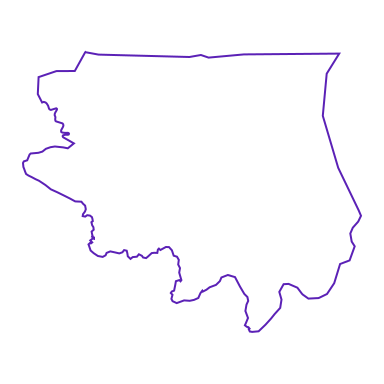 Bertie, North Carolina, United States of America (Albers equal-area conic projection)
{"feature_id": "52423323B7787272397887", "entity_name": "Bertie", "entity_type": "district", "adm_level": 2, "iso_a3": "USA", "parent_name": "United States of America", "parent_adm1": "North Carolina", "projection": "albers", "projection_center": [-77.103, 36.03], "detail": "fine", "context": "isolated", "style": "outline", "palette": "violet", "viewbox_px": 384, "rotation_deg": 0, "n_neighbors": 0, "source": "geoboundaries", "source_scale": "gbopen_adm2", "svg_char_len": 2856}
<svg xmlns="http://www.w3.org/2000/svg" viewBox="0 0 384 384"><path d="M354.7,246.3L351.7,241.6L350.3,233.5L352.8,227.7L358.2,221.6L361.0,215.8L358.7,210.4L338.2,167.8L322.8,115.8L326.7,73.7L339.2,53.6L244.0,54.4L208.6,57.6L200.9,55.0L189.4,57.0L98.5,54.6L85.5,52.2L85.4,52.1L85.0,52.6L74.8,71.0L56.4,71.1L38.6,77.1L37.8,94.1L42.1,102.5L43.8,101.9L45.6,102.5L46.7,103.5L48.1,105.7L49.0,108.6L49.5,109.3L50.6,109.9L51.0,109.9L56.2,108.3L56.7,108.6L57.0,109.0L56.9,109.7L56.3,110.8L55.3,112.5L54.8,113.7L54.7,114.4L54.7,115.3L55.3,116.7L55.4,117.5L55.2,119.1L55.3,120.2L55.5,120.9L56.1,121.4L62.5,123.4L63.2,124.3L63.4,125.6L63.1,126.6L62.6,127.6L61.6,129.4L61.2,130.1L61.1,130.9L61.2,131.9L62.1,132.5L64.1,132.8L66.2,132.9L67.3,132.8L68.2,132.9L68.8,133.3L69.0,133.8L68.7,134.5L68.2,134.7L67.2,134.8L66.1,134.7L65.0,134.8L63.3,135.2L62.8,135.6L62.7,136.5L63.1,137.2L63.9,137.7L73.9,143.4L67.8,148.3L63.3,147.4L54.9,146.5L50.5,147.2L45.9,148.8L42.4,151.6L38.4,152.8L30.7,153.5L29.6,154.5L27.2,160.3L23.8,161.4L23.1,162.8L23.0,163.0L23.2,165.0L23.4,167.0L24.2,169.0L25.1,171.6L26.1,174.0L28.4,175.5L29.4,176.0L31.5,177.0L35.6,179.2L38.9,180.7L45.4,185.0L50.8,189.3L57.4,192.3L64.3,195.7L69.9,198.5L75.2,201.4L81.4,201.7L83.1,203.8L85.1,205.6L85.8,209.2L85.0,211.5L83.0,214.2L82.7,216.1L85.2,216.6L87.2,215.2L90.0,215.6L91.9,217.1L92.4,218.7L92.8,221.1L91.4,222.2L92.2,225.3L93.4,227.2L93.7,229.7L91.6,231.6L92.1,234.2L92.6,235.9L92.4,235.8L92.3,235.7L92.0,236.7L92.7,236.9L94.0,237.5L94.0,238.8L92.7,238.5L90.3,240.4L91.3,241.4L92.2,242.4L90.9,243.4L90.1,242.9L88.5,244.4L89.0,245.7L90.6,250.5L93.7,253.2L97.9,256.0L102.7,256.9L105.6,255.3L106.6,252.9L110.3,251.4L114.5,252.3L119.3,253.4L122.4,252.3L124.1,250.1L126.7,250.7L127.3,253.1L127.8,256.3L130.5,258.9L132.7,257.1L136.9,256.7L138.9,254.3L141.9,255.8L143.1,257.5L146.1,258.1L147.9,256.6L151.7,253.1L154.1,252.8L157.3,252.9L157.9,249.6L158.9,248.6L160.4,250.0L165.9,247.0L169.0,247.1L171.9,250.3L173.7,255.7L177.0,256.7L178.8,259.9L178.2,264.5L180.0,268.1L179.2,272.6L180.7,277.8L181.4,280.1L180.5,281.3L179.3,280.1L175.9,281.2L175.3,284.7L174.1,290.6L171.8,291.5L170.8,293.0L172.5,294.8L171.4,298.9L172.6,301.2L176.7,303.1L184.1,300.4L189.7,300.8L194.0,299.9L198.3,298.0L200.4,293.2L202.3,290.7L202.8,291.6L206.5,289.7L209.6,287.3L216.0,284.9L219.9,281.1L221.4,277.5L227.8,275.0L235.0,277.1L240.0,286.6L244.3,293.9L247.4,297.0L248.2,300.9L246.5,304.6L245.4,311.0L248.0,318.0L245.9,323.1L244.9,325.3L246.8,326.8L248.4,327.2L249.5,328.6L248.7,329.1L249.8,331.5L252.2,331.9L258.6,331.3L265.5,324.7L271.1,318.5L274.6,314.1L280.2,307.9L281.5,299.6L279.3,291.9L283.6,284.2L288.6,283.9L297.4,287.7L301.9,293.7L302.9,294.7L303.5,295.1L308.4,298.6L317.7,298.1L318.2,298.1L318.5,298.0L319.0,297.9L327.0,294.0L334.2,283.2L340.1,264.0L349.6,260.4L354.7,246.3Z" fill="none" stroke="#5b21b6" stroke-width="2"/></svg>